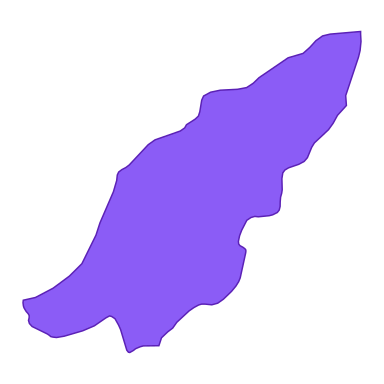 map outline of Mostaganem (Natural Earth projection)
{"feature_id": "DZA-2202", "entity_name": "Mostaganem", "entity_type": "Province", "adm_level": 1, "iso_a3": "DZA", "parent_name": "Algeria", "parent_adm1": "", "projection": "natural_earth1", "projection_center": [0.307, 36.01], "detail": "fine", "context": "isolated", "style": "filled", "palette": "violet", "viewbox_px": 384, "rotation_deg": 0, "n_neighbors": 0, "source": "natural_earth", "source_scale": "10m", "svg_char_len": 1634}
<svg xmlns="http://www.w3.org/2000/svg" viewBox="0 0 384 384"><path d="M23.3,300.2L35.4,297.5L53.1,288.2L69.4,276.1L81.9,263.7L96.0,235.1L100.0,222.8L113.4,191.8L116.7,180.5L117.3,175.0L118.7,172.0L121.9,169.6L125.9,167.5L129.2,165.0L148.2,144.7L155.1,139.8L180.3,131.0L184.7,127.9L186.5,124.7L195.2,119.1L198.4,116.1L199.8,111.8L201.7,100.2L203.6,96.0L210.6,92.2L220.2,90.2L237.5,89.3L246.6,87.6L253.3,83.2L259.1,77.6L288.1,57.8L303.1,53.4L309.9,47.3L316.0,40.6L322.6,35.9L330.2,34.1L360.6,31.5L360.6,34.0L361.0,41.5L360.1,50.5L358.5,57.1L345.7,95.6L346.4,105.5L337.5,115.3L333.1,123.3L328.5,129.7L314.4,142.9L311.7,147.3L307.4,157.7L304.2,161.4L298.8,164.3L288.6,167.8L284.9,170.0L282.8,172.9L281.9,178.6L282.2,189.8L281.7,193.2L280.6,197.1L280.2,201.9L280.1,206.5L279.2,210.1L277.3,212.5L272.7,214.8L269.2,215.7L258.3,216.8L254.8,216.4L251.0,217.5L246.8,220.3L241.7,230.2L239.6,235.7L238.4,241.4L238.7,244.0L239.9,245.6L243.0,247.3L244.6,248.5L245.6,249.5L245.9,250.9L245.7,252.8L240.2,277.9L238.7,281.6L235.9,286.1L231.5,291.4L223.4,299.2L217.7,303.2L211.8,304.8L205.0,304.1L201.6,304.1L198.6,305.0L194.0,307.5L189.1,310.9L176.8,322.3L172.7,328.1L167.8,331.8L161.5,337.8L158.9,345.7L143.3,345.9L140.1,346.8L135.6,348.7L133.5,350.4L129.8,352.5L128.4,352.2L126.8,350.2L120.6,329.6L118.6,325.1L115.0,318.7L111.7,316.5L109.6,315.9L106.0,317.8L94.4,325.8L82.7,330.8L64.2,336.2L56.5,337.5L53.0,337.1L50.8,336.6L49.3,335.3L47.4,334.0L32.1,326.5L29.4,323.5L28.5,320.4L29.1,317.9L29.2,315.6L28.3,313.9L27.3,312.7L26.2,311.5L25.1,309.7L24.0,307.8L23.4,305.9L23.0,302.7L23.3,300.2Z" fill="#8b5cf6" stroke="#5b21b6" stroke-width="1.5"/></svg>